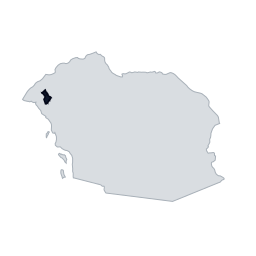 Ruangwa, Lindi, United Republic of Tanzania (highlighted), rotated 159°
{"feature_id": "72390352B35310074637090", "entity_name": "Ruangwa", "entity_type": "district", "adm_level": 2, "iso_a3": "TZA", "parent_name": "United Republic of Tanzania", "parent_adm1": "Lindi", "projection": "albers", "projection_center": [38.983, -10.09], "detail": "medium", "context": "in_parent", "style": "filled", "palette": "ink", "viewbox_px": 256, "rotation_deg": 159, "n_neighbors": 0, "source": "geoboundaries", "source_scale": "gbopen_adm2", "svg_char_len": 5089}
<svg xmlns="http://www.w3.org/2000/svg" viewBox="0 0 256 256"><g transform="rotate(159 128 128)"><path d="M98.2,176.6L95.6,175.3L93.3,174.5L91.3,173.6L90.5,172.7L88.7,172.4L87.1,172.3L85.7,171.5L82.8,171.3L82.4,170.7L82.4,169.5L81.8,169.2L80.8,168.9L79.6,169.0L78.9,169.2L78.5,169.1L77.5,168.4L76.6,167.5L76.3,166.0L74.9,165.1L73.3,164.4L69.0,164.6L68.3,164.4L67.3,163.7L66.1,162.5L65.1,161.1L64.2,159.2L63.2,156.7L58.0,146.6L57.5,144.7L56.5,142.6L54.8,140.0L53.1,138.1L50.7,136.4L48.1,134.7L46.7,133.5L43.9,128.8L43.3,126.6L42.8,124.3L42.9,123.3L44.5,120.3L44.7,119.4L44.4,118.3L43.5,115.9L42.4,113.1L40.1,107.8L39.8,106.5L39.8,105.5L40.9,100.1L40.8,99.4L45.8,99.3L49.4,96.9L52.5,93.3L53.1,91.8L54.3,89.6L55.6,88.4L56.0,87.6L56.7,85.4L58.4,83.8L59.9,82.6L59.6,81.8L59.8,81.5L60.7,80.9L62.4,80.3L62.7,79.1L62.7,77.8L62.4,77.0L62.4,76.2L62.1,75.7L61.0,75.6L59.3,75.0L57.9,74.7L56.9,74.4L56.6,74.1L56.4,73.3L57.1,71.3L56.3,70.4L58.0,67.0L58.3,66.6L58.9,66.5L59.9,66.1L60.8,65.9L61.6,66.1L62.2,65.9L62.7,65.5L63.1,64.4L63.4,62.4L63.1,60.9L62.4,59.7L62.1,57.9L62.4,55.4L62.1,53.3L61.2,51.7L60.4,50.8L59.1,50.3L57.1,47.9L56.4,46.7L56.5,45.9L57.2,45.6L58.5,45.7L59.7,45.4L60.7,44.7L61.8,44.4L62.4,44.5L112.7,43.5L171.7,75.1L172.0,75.4L172.5,78.2L172.4,79.2L171.5,80.8L171.2,81.6L171.2,82.2L171.4,82.4L172.2,82.5L172.8,82.9L173.1,83.2L173.6,84.4L174.2,85.0L196.4,100.8L196.9,101.0L196.6,102.3L195.3,105.6L195.3,106.9L194.8,108.5L194.3,109.5L193.0,114.1L192.0,115.8L190.5,119.7L190.3,122.8L191.1,124.9L191.4,126.9L193.1,128.9L194.4,129.6L195.4,130.5L197.0,132.5L197.9,134.6L200.8,135.6L202.0,137.9L201.6,139.5L200.2,140.8L198.9,142.9L197.9,145.7L197.9,150.0L198.6,149.4L200.1,150.4L200.3,153.6L198.7,157.2L198.2,158.9L198.2,160.4L199.3,164.8L201.0,167.1L200.9,167.8L200.5,168.3L203.4,172.3L203.2,175.7L204.3,178.4L204.8,180.8L205.5,182.5L205.6,183.8L204.7,185.1L206.9,185.5L208.1,186.6L208.7,187.7L210.3,187.6L211.2,188.4L212.4,189.0L215.1,190.8L215.8,191.7L216.2,192.5L208.8,198.2L206.1,199.6L204.2,200.3L202.2,200.6L200.2,201.5L198.4,202.9L196.0,203.6L193.2,203.6L190.2,204.6L185.5,207.5L182.7,205.9L180.6,205.4L178.1,205.5L176.6,205.7L176.0,206.0L175.6,207.0L175.2,208.7L173.5,210.2L170.7,211.7L168.1,212.3L165.7,211.9L164.1,211.3L163.2,210.5L161.9,210.1L160.3,210.2L158.7,210.8L157.2,212.0L154.8,212.5L151.5,212.4L149.7,211.8L149.5,210.8L148.0,209.7L145.3,208.4L143.4,208.4L142.1,209.7L141.0,210.5L140.0,210.8L139.0,210.9L137.7,210.5L134.0,210.4L130.5,210.5L130.2,208.7L129.4,207.6L128.8,207.0L127.6,206.8L127.3,206.3L126.8,205.2L126.2,204.2L125.4,203.4L125.0,202.7L124.8,202.0L124.9,201.3L125.6,199.4L125.8,198.1L125.7,196.8L125.3,195.5L124.5,193.9L124.6,193.4L124.3,192.4L124.2,191.6L124.4,190.6L124.2,189.4L123.4,186.7L123.4,186.1L122.7,184.8L120.3,181.8L120.2,181.4L116.5,178.3L115.0,177.7L114.5,178.3L114.3,178.8L114.5,179.8L114.4,180.3L114.3,180.5L113.4,180.5L112.9,180.4L111.5,179.6L110.4,179.4L107.8,179.6L106.8,179.8L106.1,179.6L104.6,178.2L103.0,178.0L101.5,177.9L99.0,176.4L98.2,176.6ZM201.2,124.5L202.4,127.8L202.3,128.5L201.4,128.8L201.0,128.9L200.5,128.3L200.1,127.2L199.4,127.5L198.3,126.1L197.2,126.0L196.3,124.4L196.6,123.0L196.4,120.6L197.6,119.4L198.3,117.3L199.0,118.7L199.2,120.9L200.2,123.5L201.2,124.5ZM207.1,104.4L207.2,105.2L207.0,105.9L207.0,108.3L206.9,109.9L206.0,112.1L205.3,112.9L204.6,112.7L204.1,112.3L203.6,111.7L204.5,107.7L204.1,104.7L205.8,105.0L207.1,104.4ZM204.6,153.0L203.7,153.2L203.4,153.0L202.9,152.4L203.8,151.8L204.7,150.7L206.7,149.1L207.7,147.8L207.5,149.1L206.4,151.8L205.4,152.0L204.6,153.0Z" fill="#d9dde1" stroke="#a8b0b8" stroke-width="1"/><path d="M188.9,183.8L189.0,184.1L189.0,184.3L189.2,184.6L189.6,184.6L189.5,184.9L189.6,185.2L190.1,185.7L190.5,185.9L190.9,186.4L190.9,187.1L190.9,187.4L190.7,187.5L190.8,187.8L191.2,188.0L191.4,188.2L191.6,188.2L191.8,188.2L191.8,188.9L191.1,189.0L190.8,189.1L191.2,190.1L191.2,190.4L191.2,190.6L191.4,190.7L191.8,190.7L192.2,191.0L192.2,192.2L191.8,192.2L191.7,192.0L191.6,192.5L191.6,193.2L191.9,193.1L192.1,193.1L192.3,193.0L192.5,193.0L192.6,192.9L192.8,192.7L193.0,192.6L193.3,192.4L193.4,192.5L193.6,192.4L193.9,192.3L194.0,192.3L194.2,192.2L194.3,192.2L194.8,191.8L195.0,191.8L195.2,191.7L195.3,191.5L195.7,191.4L195.8,191.5L195.8,191.3L195.6,191.0L195.3,191.0L195.2,191.1L194.5,188.9L194.5,188.2L193.8,188.1L193.7,187.6L193.7,187.3L193.9,187.1L194.1,187.1L194.3,186.8L194.6,186.2L196.0,185.1L196.2,184.9L196.3,183.2L196.3,181.3L196.4,181.0L196.3,180.6L196.4,180.2L196.0,180.0L196.0,179.9L195.9,179.8L195.7,180.0L195.8,180.0L195.6,180.1L195.5,180.3L195.3,180.4L195.2,180.4L194.9,180.3L194.7,180.2L194.6,180.3L194.5,180.5L194.3,180.4L194.1,180.5L193.8,180.7L193.6,180.8L193.6,180.6L193.4,180.9L193.0,181.0L192.9,181.2L192.8,181.3L192.6,181.3L192.5,181.5L192.3,181.5L192.1,181.7L191.9,181.7L191.8,181.9L191.9,182.0L191.7,182.3L191.8,182.4L191.7,182.5L191.3,182.5L191.2,182.5L191.1,182.3L191.0,182.6L190.8,182.7L190.7,182.7L190.8,182.9L190.7,183.1L190.3,183.2L190.2,183.3L189.9,183.4L189.6,183.4L189.4,183.5L189.2,183.8L188.9,183.8Z" fill="#0f172a" stroke="#020617" stroke-width="1.5"/></g></svg>